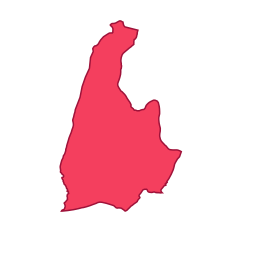 outline of Thaphabath, Bolikhamxai, Laos, rotated 288°
{"feature_id": "54806243B39354451969384", "entity_name": "Thaphabath", "entity_type": "district", "adm_level": 2, "iso_a3": "LAO", "parent_name": "Laos", "parent_adm1": "Bolikhamxai", "projection": "natural_earth1", "projection_center": [103.109, 18.364], "detail": "fine", "context": "isolated", "style": "filled", "palette": "rose", "viewbox_px": 256, "rotation_deg": 288, "n_neighbors": 0, "source": "geoboundaries", "source_scale": "gbopen_adm2", "svg_char_len": 5405}
<svg xmlns="http://www.w3.org/2000/svg" viewBox="0 0 256 256"><g transform="rotate(288 128 128)"><path d="M115.9,74.4L113.9,75.2L111.7,75.4L109.0,75.3L106.4,75.4L103.8,75.2L100.4,75.0L97.5,75.1L92.5,75.2L90.2,75.5L89.4,75.4L88.2,75.5L87.0,75.8L84.6,75.8L83.1,75.7L82.0,75.2L81.7,75.2L79.4,75.4L76.9,75.0L74.0,75.1L71.3,75.3L71.0,75.3L69.8,75.6L66.7,77.1L65.8,77.2L65.5,77.3L65.2,77.4L65.0,77.6L64.9,77.9L64.8,78.4L64.6,78.7L64.3,79.0L64.1,79.0L63.9,79.3L63.2,81.0L63.0,81.3L62.7,81.5L62.4,81.7L61.4,81.7L61.1,81.4L60.9,81.1L60.8,80.8L60.6,80.6L60.4,80.5L60.1,80.5L59.6,81.0L59.1,81.4L58.9,81.7L58.3,82.4L58.0,82.7L57.7,82.7L57.4,82.8L57.2,82.8L57.0,83.0L56.7,83.4L56.6,83.6L56.4,83.7L56.2,83.7L55.9,83.9L55.6,84.2L55.2,84.4L54.8,84.7L54.7,85.0L54.4,85.8L54.3,86.0L53.9,86.3L53.7,86.5L53.5,87.0L53.3,87.1L53.1,87.2L52.9,87.3L52.8,87.5L52.6,87.7L51.6,88.2L51.4,88.4L51.4,88.8L51.3,89.1L51.1,89.3L50.5,89.5L50.0,89.9L49.8,90.1L49.6,90.1L49.5,89.9L49.4,89.7L49.2,89.6L49.1,90.3L49.1,90.6L49.0,90.9L48.9,91.0L48.7,90.9L48.3,91.0L48.1,91.2L47.9,91.4L47.7,91.7L47.5,91.8L47.1,91.6L46.6,91.2L46.3,91.0L46.1,90.9L45.8,90.9L45.0,91.1L44.5,91.0L44.3,91.1L43.7,91.6L43.4,91.8L43.1,91.9L42.6,91.9L42.3,92.1L41.7,92.5L41.4,92.5L41.2,92.5L40.8,92.3L40.5,92.1L40.2,92.0L39.8,91.9L39.0,91.6L38.6,91.5L38.0,91.2L37.5,90.7L37.4,90.6L37.0,90.6L36.7,90.6L36.5,90.8L36.3,91.0L35.8,91.5L35.5,91.7L35.0,92.0L34.3,92.4L33.8,92.5L33.3,92.6L33.0,92.5L32.1,92.6L31.1,92.4L30.4,91.9L29.7,90.9L29.0,90.5L28.4,90.4L29.0,91.9L30.9,96.2L33.5,101.4L35.9,105.6L37.9,108.7L38.6,110.2L40.4,113.0L42.4,115.8L44.5,118.4L46.5,121.0L47.7,122.2L48.8,124.1L49.3,126.2L49.7,130.7L49.8,135.2L49.8,138.3L49.6,138.8L49.5,139.1L49.2,139.7L48.8,140.7L48.5,141.3L48.5,142.3L48.7,142.9L49.0,143.4L49.3,144.4L49.6,145.8L49.6,146.9L49.2,147.7L49.0,148.9L48.2,150.6L48.2,150.8L48.2,151.1L48.9,151.9L49.9,152.7L51.1,153.2L52.7,154.1L54.3,154.8L54.9,155.2L55.7,155.9L57.9,157.3L59.7,158.7L60.3,159.1L60.9,159.5L61.9,159.5L63.7,160.1L64.8,160.7L65.6,160.8L65.8,160.7L66.4,159.8L66.7,159.5L67.4,159.4L67.9,159.4L69.6,160.1L70.4,160.4L73.5,161.2L74.2,161.8L74.8,162.6L75.1,163.5L75.4,164.3L75.4,164.9L75.1,165.3L74.1,166.2L73.6,167.0L73.5,167.6L73.6,168.7L73.9,170.0L74.1,170.7L75.3,172.6L75.2,174.4L75.2,174.7L75.3,175.1L75.7,175.4L75.7,175.6L75.6,176.2L75.6,176.4L75.7,176.7L76.0,177.0L76.1,177.5L76.2,178.7L76.3,178.9L76.5,179.0L76.7,179.4L76.6,179.6L76.8,179.9L77.0,180.5L77.2,180.1L77.5,179.7L77.9,179.1L78.1,179.0L78.6,178.7L78.9,178.6L79.5,178.5L80.0,178.6L81.2,179.1L81.9,179.4L83.3,179.9L83.9,180.1L84.2,180.3L84.5,180.5L84.7,180.8L85.0,181.3L85.1,181.5L85.4,181.2L85.6,181.0L85.9,181.1L86.1,181.3L86.4,181.1L86.5,181.0L86.6,181.3L86.8,181.4L87.0,181.2L87.4,181.2L87.6,181.3L87.8,181.6L88.0,181.8L88.4,182.1L88.5,182.1L88.7,181.8L88.9,181.6L89.0,181.5L89.3,181.5L89.5,181.6L89.9,181.8L90.2,181.8L90.7,182.0L92.4,182.5L97.4,183.4L102.3,183.9L104.7,183.8L108.3,183.5L110.6,183.9L113.8,184.6L116.6,185.9L122.0,186.0L122.3,184.4L122.4,182.4L122.2,181.1L121.0,177.6L120.5,175.3L120.4,174.3L120.5,173.4L120.7,172.8L121.3,171.8L122.3,170.3L122.8,169.5L123.1,168.4L123.9,167.1L124.8,165.4L125.8,163.7L126.7,162.8L127.4,162.2L129.7,160.8L130.8,160.4L132.3,160.0L135.0,159.6L136.4,159.2L137.7,158.8L138.7,158.2L140.1,157.3L142.2,156.1L144.2,155.2L145.9,154.5L147.7,154.0L151.2,153.7L153.1,153.1L155.8,152.1L158.2,151.0L160.3,149.7L161.5,149.0L162.6,147.5L162.8,145.4L162.5,144.0L161.8,143.1L160.7,142.0L159.9,141.1L158.5,140.0L157.8,139.6L157.1,139.2L155.3,138.4L153.9,138.2L153.0,138.2L152.0,138.1L151.0,137.6L150.5,137.3L150.1,136.3L149.6,135.5L149.3,135.0L149.0,134.6L148.5,134.1L148.2,133.8L147.8,133.2L147.5,132.3L147.3,131.7L147.2,131.2L147.3,130.4L147.3,129.7L147.2,129.3L147.1,129.0L146.9,128.7L147.0,128.4L147.1,128.0L147.4,127.8L147.5,127.6L147.9,127.1L148.8,124.9L149.1,124.4L149.6,124.0L149.9,123.9L150.2,123.9L150.5,123.9L150.8,123.8L151.0,123.7L151.6,123.2L152.4,122.4L152.9,121.9L153.3,121.4L155.2,118.9L156.2,117.7L157.0,116.9L157.9,115.9L158.6,114.9L159.0,114.3L160.2,112.0L160.5,111.5L160.8,110.6L161.0,109.8L163.0,107.4L163.8,106.5L165.2,105.2L166.1,104.8L167.1,104.5L168.1,104.5L169.2,104.5L170.7,104.6L172.0,104.6L173.3,104.6L176.2,104.4L177.0,104.3L177.7,104.1L179.0,103.8L181.7,102.9L182.2,103.2L183.0,103.1L185.1,102.7L185.9,102.1L187.2,101.7L188.5,101.0L189.2,100.7L189.9,100.4L191.2,100.1L192.9,99.8L195.7,99.8L196.5,100.0L197.5,100.3L198.9,101.1L201.0,102.4L202.4,103.3L204.6,104.6L205.9,105.6L207.7,106.6L208.8,107.4L209.3,107.6L209.5,107.7L210.1,107.3L210.3,107.3L210.8,107.3L211.6,106.9L213.6,106.6L214.1,106.5L214.3,106.8L214.6,107.1L215.0,107.4L215.7,107.6L216.3,107.8L216.9,107.9L217.5,107.9L219.2,107.7L220.5,107.7L221.0,107.4L221.9,107.3L224.1,107.2L223.2,93.8L223.8,92.8L224.5,92.0L225.4,91.5L226.4,90.8L227.1,90.6L227.2,90.1L227.3,89.2L227.5,88.7L227.5,87.8L227.4,87.2L226.9,86.5L223.9,83.7L223.1,82.3L222.6,81.0L222.3,80.4L221.4,79.7L220.5,79.3L220.0,79.8L219.5,81.2L218.5,82.4L217.9,82.9L216.6,83.4L215.2,83.7L214.4,84.0L213.6,83.8L213.0,82.1L212.5,80.9L210.9,79.5L207.2,76.5L203.3,74.8L202.9,74.7L201.1,74.2L199.7,74.0L198.0,73.5L196.3,72.2L195.8,71.1L194.6,70.4L192.9,70.0L192.5,70.0L190.3,71.2L189.9,71.3L183.5,70.6L172.8,72.9L163.3,71.8L153.2,71.6L142.3,72.9L129.3,72.2L128.6,72.3L126.7,72.6L124.5,72.6L121.6,72.9L119.4,72.9L118.4,73.0L117.4,73.5L115.9,74.4Z" fill="#f43f5e" stroke="#9f1239" stroke-width="1.5"/></g></svg>